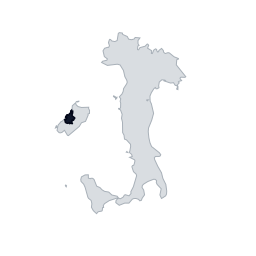 Italy, with Oristrano highlighted, rotated 43°
{"feature_id": "ITA-5373", "entity_name": "Oristrano", "entity_type": "Province", "adm_level": 1, "iso_a3": "ITA", "parent_name": "Italy", "parent_adm1": "", "projection": "orthographic", "projection_center": [8.647, 40.028], "detail": "fine", "context": "in_parent", "style": "filled", "palette": "ink", "viewbox_px": 256, "rotation_deg": 43, "n_neighbors": 0, "source": "natural_earth", "source_scale": "10m", "svg_char_len": 5013}
<svg xmlns="http://www.w3.org/2000/svg" viewBox="0 0 256 256"><g transform="rotate(43 128 128)"><path d="M59.1,62.4L60.3,63.2L65.1,61.6L67.9,62.6L70.3,61.1L71.8,58.7L71.5,56.9L75.3,54.0L75.7,57.3L77.8,59.5L79.8,60.1L79.3,61.4L81.4,64.1L82.2,63.9L82.4,63.4L81.9,61.1L84.7,56.6L84.8,53.5L85.3,53.2L86.7,53.4L87.9,56.3L92.6,55.3L94.2,57.5L95.0,57.0L93.7,53.3L94.2,51.3L95.4,51.0L96.3,51.9L98.1,52.1L98.2,51.0L97.7,50.2L98.3,46.9L100.9,47.2L102.5,48.3L104.4,48.2L105.9,45.6L107.1,44.9L113.1,44.5L117.5,42.8L117.9,43.1L117.1,44.4L117.4,45.2L120.3,48.9L135.3,51.1L135.1,52.1L132.1,54.7L131.9,55.6L132.4,56.4L134.9,56.8L133.4,59.2L133.4,60.0L134.7,60.1L134.7,62.9L136.3,63.6L138.3,65.9L136.5,66.5L137.2,65.8L135.3,63.5L133.4,64.6L130.4,63.8L128.5,66.1L121.7,69.2L122.9,67.8L122.4,67.8L119.9,69.6L119.5,73.0L121.6,76.2L123.2,77.4L122.6,79.4L121.7,80.2L120.4,79.7L120.1,81.5L121.0,86.3L122.3,89.7L125.9,93.3L128.6,94.4L136.7,99.8L140.0,106.1L143.0,114.0L145.3,116.9L149.9,120.9L154.1,123.8L157.9,125.5L167.7,124.7L170.2,125.2L170.6,126.5L170.2,127.5L167.5,130.0L167.5,131.8L169.0,132.9L175.9,135.7L183.0,137.9L187.9,141.1L194.2,143.5L199.3,147.7L201.2,150.0L201.8,151.9L201.0,155.3L200.5,156.7L197.0,155.2L193.7,149.8L187.8,149.4L185.9,148.6L184.8,147.0L182.9,147.0L181.7,148.0L179.0,153.6L177.7,158.4L177.7,160.2L178.8,161.9L181.8,162.7L185.7,165.6L186.2,169.6L187.1,171.8L186.3,173.2L184.3,173.0L181.9,174.1L180.3,175.7L179.7,177.2L179.9,182.3L176.8,185.2L174.3,190.5L170.0,190.9L168.8,189.4L168.6,187.1L169.2,185.6L170.8,184.8L171.6,181.7L171.1,179.6L171.6,178.6L175.0,176.9L174.9,173.9L173.5,172.6L172.0,167.3L166.9,157.1L165.5,156.2L161.8,156.2L157.3,153.7L156.9,152.5L157.6,151.4L157.0,149.9L155.5,147.3L154.5,146.8L149.2,148.3L150.6,146.0L148.6,144.8L145.3,145.0L145.3,144.0L142.7,139.9L141.0,138.2L135.0,137.7L133.0,138.5L129.9,135.9L127.2,135.0L120.0,127.5L116.6,125.3L114.4,122.0L110.2,119.9L108.3,120.5L107.8,120.1L108.8,119.4L108.6,118.1L105.7,114.8L104.0,113.8L102.8,111.6L100.4,111.1L100.4,107.2L99.5,104.5L97.9,102.2L96.9,96.6L96.2,95.0L94.5,93.9L90.7,92.6L85.4,89.0L79.2,87.3L76.7,88.6L70.2,96.3L64.0,98.1L63.9,96.5L66.3,92.9L65.8,91.5L62.0,91.9L57.1,88.6L56.5,85.7L58.0,83.0L58.8,82.3L58.4,80.5L55.5,78.9L54.3,76.4L54.2,75.6L55.0,75.2L56.8,75.4L59.5,73.7L60.4,71.4L56.4,65.4L56.6,64.2L59.1,62.4ZM123.6,95.0L123.7,93.5L122.5,94.5L122.9,95.1L123.6,95.0ZM168.4,185.6L163.8,193.9L162.4,199.4L162.8,201.5L164.4,202.8L163.7,203.5L165.4,205.9L165.5,206.6L163.3,209.6L163.4,212.1L159.0,212.1L155.3,210.9L153.3,208.1L151.8,207.0L150.3,206.1L147.1,206.4L145.7,205.9L137.2,200.7L133.9,199.3L130.1,199.1L128.6,197.9L127.3,195.5L128.6,191.6L130.9,189.3L133.2,191.7L135.1,190.7L135.2,190.0L136.5,188.9L138.2,188.8L144.8,191.9L148.1,190.7L151.2,190.9L154.1,190.3L157.6,188.0L161.9,188.0L166.6,185.3L168.4,185.6ZM90.1,145.8L92.4,152.1L90.4,155.9L91.3,160.1L89.6,174.2L88.6,174.6L83.1,173.0L82.7,176.3L81.9,177.6L80.8,178.4L77.8,178.2L74.9,173.6L74.7,169.0L75.3,167.7L75.3,165.1L76.5,164.9L76.6,163.1L75.9,162.2L74.8,161.8L74.8,159.8L75.6,158.3L75.6,155.6L74.1,152.2L72.1,149.7L72.5,145.3L74.3,146.4L76.9,146.4L80.0,144.7L85.1,139.6L85.7,140.5L87.9,141.4L89.9,143.6L89.2,145.0L90.1,145.8ZM99.0,113.0L99.5,114.0L99.4,115.4L98.3,114.6L95.9,114.9L95.6,114.2L98.6,113.6L99.0,113.0ZM75.7,175.9L74.9,177.5L74.1,175.4L74.2,175.1L75.7,175.9ZM74.0,142.2L72.9,144.0L72.3,143.9L73.7,141.9L74.0,142.2ZM122.9,213.2L121.5,212.9L121.4,212.1L122.5,212.2L122.9,213.2ZM144.4,146.2L143.2,146.8L143.2,145.9L144.4,146.2Z" fill="#d9dde1" stroke="#a8b0b8" stroke-width="1"/><path d="M76.6,165.5L76.8,165.4L76.1,165.2L76.0,164.8L76.2,164.5L76.4,164.3L76.5,164.1L76.4,164.1L76.3,164.3L76.2,164.4L76.3,164.2L76.5,163.9L76.6,163.6L76.6,163.4L76.7,162.9L76.6,162.7L76.3,162.1L75.9,161.9L75.5,161.9L75.1,162.1L75.3,162.1L75.5,162.1L75.3,162.2L75.3,162.4L75.1,162.8L75.0,162.7L75.1,162.4L74.9,162.2L74.7,162.1L74.6,161.9L74.6,161.7L74.7,161.4L74.6,160.8L74.6,160.6L74.8,160.3L74.8,160.1L74.6,159.9L74.4,160.0L74.4,159.9L74.5,159.8L74.7,159.6L75.1,159.6L75.4,159.5L75.5,159.5L75.6,159.4L75.7,159.2L75.8,159.0L75.8,158.7L75.5,158.1L75.5,157.8L75.5,156.9L75.7,156.1L75.7,155.6L75.5,155.3L75.2,155.0L74.9,154.7L74.8,154.9L74.5,154.6L74.5,154.3L74.6,153.6L74.8,153.8L75.1,153.9L75.4,153.9L75.6,153.8L75.9,153.5L76.0,153.4L76.1,153.5L76.3,153.6L76.9,154.3L77.1,154.7L77.1,154.9L77.4,155.1L77.5,155.2L77.4,155.4L77.4,155.5L77.5,155.9L77.6,156.0L78.0,156.2L78.1,156.4L78.1,156.8L78.4,157.0L78.8,157.0L79.3,157.2L81.8,156.9L82.0,156.9L82.2,157.0L82.3,157.1L82.4,157.3L82.5,158.0L82.5,158.5L82.7,159.0L82.8,159.3L82.8,159.5L82.6,159.8L82.1,159.6L81.7,160.0L81.8,160.5L82.4,160.6L82.4,160.8L82.2,161.6L82.3,161.8L82.7,161.9L83.3,162.3L84.0,162.5L84.3,162.7L84.3,163.3L84.3,163.2L84.1,163.2L83.6,163.2L83.1,163.5L82.7,163.9L82.4,164.4L82.1,164.1L81.6,164.0L81.0,165.3L80.6,165.8L80.3,166.0L79.2,166.5L78.6,166.4L78.2,166.5L78.0,166.4L77.6,166.1L77.4,165.9L77.3,165.7L77.1,165.5L76.7,165.5L76.6,165.5Z" fill="#0f172a" stroke="#020617" stroke-width="1.5"/></g></svg>